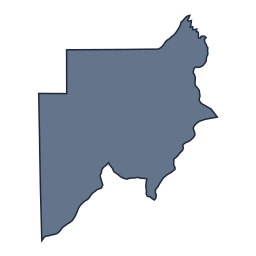 outline of Mirinzal, Maranhão, Brazil
{"feature_id": "56859067B82265545295101", "entity_name": "Mirinzal", "entity_type": "district", "adm_level": 2, "iso_a3": "BRA", "parent_name": "Brazil", "parent_adm1": "Maranhão", "projection": "albers", "projection_center": [-44.795, -2.07], "detail": "fine", "context": "isolated", "style": "filled", "palette": "slate", "viewbox_px": 256, "rotation_deg": 0, "n_neighbors": 0, "source": "geoboundaries", "source_scale": "gbopen_adm2", "svg_char_len": 2193}
<svg xmlns="http://www.w3.org/2000/svg" viewBox="0 0 256 256"><path d="M204.5,63.7L206.1,61.4L206.4,58.9L206.7,56.7L207.9,54.2L207.6,50.4L207.8,47.7L206.7,46.3L206.3,44.5L205.0,42.8L204.4,39.7L206.1,37.4L204.2,36.1L201.2,36.2L200.3,38.1L198.4,37.9L198.5,35.0L198.2,32.2L196.3,31.5L196.8,29.1L194.7,29.5L192.7,29.6L192.7,26.7L190.1,27.0L191.0,24.6L191.4,20.5L188.3,21.3L187.6,19.7L188.7,18.3L189.8,15.4L187.8,15.9L186.1,16.9L184.2,19.0L182.5,21.0L181.1,22.1L180.6,24.2L179.8,26.3L177.3,30.5L175.5,33.1L173.5,35.3L171.2,37.0L169.1,39.0L167.3,40.0L165.6,41.5L164.5,43.5L162.8,45.7L160.6,47.8L158.3,49.1L121.9,49.5L118.1,49.5L66.6,49.8L66.7,93.6L49.7,93.5L46.1,93.5L38.7,93.4L39.6,141.6L39.6,143.6L40.3,181.7L40.5,191.1L41.8,240.6L44.4,237.0L46.1,236.1L48.4,235.9L50.8,235.1L52.6,234.8L54.5,234.3L56.5,233.8L58.5,232.5L60.4,230.4L61.6,228.7L63.0,227.1L67.6,223.8L69.6,222.6L72.1,220.8L74.1,217.9L75.4,215.7L76.4,213.4L77.5,210.7L78.6,208.0L80.0,205.7L82.1,203.4L83.8,201.9L85.6,200.6L87.9,199.2L89.8,196.8L91.8,193.9L93.6,192.4L97.5,189.4L99.5,188.7L101.3,188.1L102.8,185.0L101.7,181.5L100.5,177.6L100.2,175.1L101.3,173.1L101.8,169.6L103.6,167.2L106.3,165.2L108.6,162.7L109.5,164.8L110.9,166.4L112.7,168.7L113.2,170.4L114.2,172.0L116.5,173.4L118.6,175.1L120.6,176.7L122.6,177.9L125.2,178.8L127.4,179.1L129.2,178.2L135.9,177.8L137.6,177.3L140.2,178.1L142.2,178.3L144.7,178.4L147.0,179.1L146.3,181.2L146.0,184.2L145.8,186.9L146.2,189.1L146.4,191.2L146.2,193.7L147.3,196.2L150.3,197.0L151.8,198.4L154.3,200.0L155.8,198.2L156.3,195.0L155.3,192.3L155.6,189.4L157.7,187.1L159.7,183.4L163.5,177.7L167.6,174.4L171.1,172.5L175.0,169.4L175.0,167.5L173.7,164.9L173.8,159.1L176.6,157.0L177.9,155.6L179.5,153.4L180.8,152.1L182.6,150.3L183.3,147.9L182.8,145.2L184.5,143.3L186.9,142.2L189.4,141.0L192.1,138.8L193.9,136.9L195.0,134.6L194.4,131.7L193.3,128.9L193.6,126.8L195.8,124.0L199.2,121.4L203.9,119.7L206.7,119.0L217.3,117.1L211.2,109.1L201.4,103.5L199.5,101.0L199.2,99.0L200.0,96.2L199.6,93.5L199.2,90.4L198.1,88.7L195.2,85.4L195.0,82.9L195.1,80.1L195.4,78.0L194.4,74.5L193.2,72.8L193.9,68.6L196.0,66.9L198.0,67.4L200.1,67.1L202.9,65.7L204.5,63.7Z" fill="#64748b" stroke="#1e293b" stroke-width="1.5"/></svg>